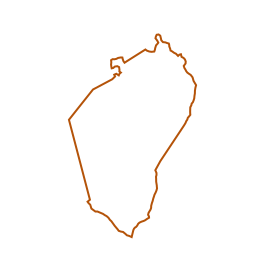 Croatá, Ceará, Brazil (Natural Earth projection), rotated 295°
{"feature_id": "56859067B24507433610360", "entity_name": "Croatá", "entity_type": "district", "adm_level": 2, "iso_a3": "BRA", "parent_name": "Brazil", "parent_adm1": "Ceará", "projection": "natural_earth1", "projection_center": [-40.941, -4.378], "detail": "fine", "context": "isolated", "style": "outline", "palette": "amber", "viewbox_px": 256, "rotation_deg": 295, "n_neighbors": 0, "source": "geoboundaries", "source_scale": "gbopen_adm2", "svg_char_len": 2055}
<svg xmlns="http://www.w3.org/2000/svg" viewBox="0 0 256 256"><g transform="rotate(295 128 128)"><path d="M30.7,177.4L35.7,176.4L37.8,176.0L39.3,176.0L40.7,176.4L41.9,177.2L43.5,177.6L45.5,177.7L47.1,178.4L48.8,179.8L50.4,181.5L51.6,182.5L53.7,183.7L55.6,185.0L56.8,184.3L57.8,182.9L59.8,182.5L61.9,182.7L63.6,182.9L65.4,182.7L67.3,181.9L70.1,181.4L72.2,181.2L74.8,180.7L76.7,180.5L78.8,180.2L81.2,180.3L83.4,180.2L85.6,179.8L86.9,179.0L88.2,178.3L89.8,177.2L91.3,176.2L94.2,174.8L95.6,174.0L97.4,173.7L99.3,172.8L101.3,170.6L111.7,171.3L152.0,177.4L153.4,177.6L154.9,177.8L156.9,178.0L158.9,177.9L160.6,178.2L162.6,177.9L164.1,178.4L166.3,178.9L167.5,178.2L169.1,177.4L170.7,176.7L173.1,175.7L175.3,175.8L177.0,175.4L178.7,175.9L180.7,175.8L182.9,175.5L185.1,174.7L187.6,174.0L190.1,172.9L192.9,172.1L195.6,171.6L197.1,169.4L198.4,167.5L199.7,166.4L201.2,165.1L202.6,162.4L202.9,160.3L203.3,158.3L204.2,156.6L205.2,155.4L206.2,153.8L207.8,152.3L210.8,152.9L212.7,152.2L214.2,150.6L215.0,148.7L215.1,146.5L217.2,144.8L216.2,143.6L214.5,142.9L215.6,140.1L215.6,138.1L216.1,135.5L216.2,133.8L217.8,132.6L219.3,131.0L220.6,130.3L221.8,129.3L221.5,127.4L221.4,125.7L220.6,123.4L221.6,121.1L223.2,119.9L225.3,118.2L225.7,116.2L224.6,114.6L222.6,114.6L220.9,115.0L220.0,116.8L219.1,118.2L218.1,119.4L216.7,119.1L214.8,118.5L211.8,118.9L210.4,119.3L208.4,119.5L207.0,117.2L206.3,114.9L206.1,112.2L206.5,110.6L188.3,98.9L185.7,97.3L186.6,95.7L188.1,94.2L189.5,93.1L188.8,91.5L187.3,89.4L185.7,88.2L184.6,86.7L183.8,84.9L182.3,84.0L180.5,85.1L178.2,85.9L176.4,87.1L175.2,88.0L176.1,89.2L178.1,90.1L179.5,92.2L179.4,94.2L177.1,95.7L175.6,96.3L175.2,98.1L173.8,97.4L171.8,97.4L172.2,94.5L170.5,93.0L169.2,94.5L165.5,93.1L148.1,80.0L124.4,74.3L122.3,73.8L110.5,71.0L46.9,123.8L44.1,122.5L43.2,124.1L42.5,126.2L39.5,128.9L38.5,133.8L39.4,135.7L39.6,141.6L39.2,143.9L39.1,145.8L38.4,148.2L37.1,150.4L36.5,152.3L33.7,157.3L31.7,161.6L30.9,163.0L31.1,165.2L31.7,167.5L30.9,170.6L30.3,172.3L30.7,174.8L30.7,177.4Z" fill="none" stroke="#b45309" stroke-width="2"/></g></svg>